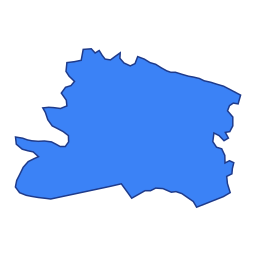 Belmonte, Santa Catarina, Brazil (Natural Earth projection)
{"feature_id": "56859067B29465738256221", "entity_name": "Belmonte", "entity_type": "district", "adm_level": 2, "iso_a3": "BRA", "parent_name": "Brazil", "parent_adm1": "Santa Catarina", "projection": "natural_earth1", "projection_center": [-53.624, -26.854], "detail": "fine", "context": "isolated", "style": "filled", "palette": "blue", "viewbox_px": 256, "rotation_deg": 0, "n_neighbors": 0, "source": "geoboundaries", "source_scale": "gbopen_adm2", "svg_char_len": 1467}
<svg xmlns="http://www.w3.org/2000/svg" viewBox="0 0 256 256"><path d="M42.8,107.9L45.4,112.5L47.8,119.7L52.2,125.9L57.2,128.4L63.2,131.6L68.4,135.6L68.6,141.9L65.3,146.5L60.1,146.5L56.0,144.2L51.5,141.9L44.5,141.0L38.3,141.3L31.9,140.8L27.4,139.9L22.7,138.2L15.5,137.0L16.3,144.2L22.2,149.2L27.6,150.7L33.2,151.9L38.5,156.7L34.0,158.7L28.2,161.6L23.2,167.3L19.6,174.7L16.7,180.4L15.4,187.0L19.6,192.7L26.2,195.3L31.7,196.4L38.3,197.5L46.1,198.4L50.7,199.0L110.0,186.4L121.3,183.8L128.0,193.0L131.7,198.2L145.0,190.7L150.5,190.7L155.7,188.1L163.0,188.6L171.3,192.2L176.0,191.6L181.9,193.6L188.1,197.9L193.3,201.5L196.6,207.2L223.4,196.6L230.2,192.6L227.4,183.5L226.7,176.4L231.9,173.8L232.4,168.4L233.8,162.7L229.5,160.7L225.0,163.0L224.8,155.4L221.7,148.8L216.5,147.2L212.8,141.6L213.9,133.0L219.1,135.6L224.0,140.7L228.4,138.1L225.3,132.4L229.8,131.6L232.8,125.9L232.8,117.0L227.5,110.8L229.5,105.6L233.3,103.1L238.1,103.9L240.6,95.1L223.6,86.2L216.8,84.2L210.9,82.3L204.2,80.8L199.4,78.5L193.6,77.1L188.5,76.2L182.6,74.5L175.5,72.3L170.8,72.3L166.6,70.8L161.4,67.9L155.7,64.3L150.0,62.6L144.3,59.1L137.7,56.6L135.0,63.6L130.3,65.9L124.0,63.0L119.9,58.3L120.2,52.8L114.9,56.6L110.5,59.9L105.1,59.1L102.2,55.4L99.2,50.5L95.1,53.0L91.3,48.8L83.2,49.4L81.2,60.3L74.3,61.7L66.9,62.6L66.0,71.4L69.1,76.2L74.5,81.4L71.0,85.6L65.5,87.3L61.3,93.1L66.3,100.2L66.9,105.9L60.5,108.5L53.6,107.6L48.7,107.3L42.8,107.9Z" fill="#3b82f6" stroke="#1e3a8a" stroke-width="1.5"/></svg>